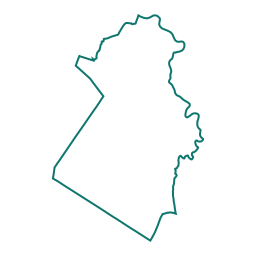 the district of Vinh Thuan, Kiên Giang, Vietnam
{"feature_id": "81297802B62462651678890", "entity_name": "Vinh Thuan", "entity_type": "district", "adm_level": 2, "iso_a3": "VNM", "parent_name": "Vietnam", "parent_adm1": "Kiên Giang", "projection": "albers", "projection_center": [105.281, 9.542], "detail": "fine", "context": "isolated", "style": "outline", "palette": "teal", "viewbox_px": 256, "rotation_deg": 0, "n_neighbors": 0, "source": "geoboundaries", "source_scale": "gbopen_adm2", "svg_char_len": 5722}
<svg xmlns="http://www.w3.org/2000/svg" viewBox="0 0 256 256"><path d="M138.4,15.4L137.7,17.6L135.5,23.6L132.1,24.2L131.6,23.4L130.4,23.4L128.5,23.1L127.0,23.0L126.3,22.9L125.3,23.5L123.9,24.9L123.1,26.1L122.3,27.3L119.4,32.2L119.2,32.3L118.6,33.7L118.4,34.2L117.7,34.9L116.2,35.2L113.9,35.9L111.9,36.5L109.4,37.5L108.3,38.0L107.0,38.5L105.5,38.7L104.1,38.8L103.9,38.9L103.8,39.1L103.9,39.5L103.9,39.8L103.6,40.3L103.5,41.2L103.4,41.4L103.2,41.5L102.3,41.4L101.9,41.5L101.7,41.6L101.7,43.2L101.4,44.1L101.2,44.2L100.9,44.4L100.8,44.5L100.6,45.1L100.2,47.4L99.9,48.5L99.7,49.1L99.4,50.4L99.2,50.6L98.8,50.7L98.7,50.7L98.5,51.2L97.5,52.3L97.1,53.1L96.7,54.7L96.6,55.4L96.4,56.5L96.7,57.6L96.7,57.9L96.6,58.1L96.3,58.4L95.5,58.9L94.3,60.0L92.8,58.8L93.2,60.5L80.0,56.3L79.4,56.0L78.9,57.1L78.7,57.6L78.5,58.3L77.0,62.1L75.8,65.8L78.7,68.3L84.7,73.7L89.9,78.4L91.1,79.9L92.4,81.8L95.2,85.4L96.5,87.2L103.4,96.3L97.5,105.2L96.0,107.4L89.8,116.2L84.4,124.1L76.5,135.4L60.9,158.3L58.8,161.4L57.7,162.8L54.9,167.0L54.6,167.4L53.4,175.8L52.9,178.5L57.7,181.2L64.0,185.4L69.4,188.8L100.5,208.6L112.3,216.3L117.1,219.3L129.7,227.5L136.1,231.5L150.3,240.6L151.4,238.8L152.2,237.3L153.5,235.0L154.6,232.9L155.4,231.2L156.2,229.1L156.5,228.5L156.8,227.7L157.3,226.7L159.4,220.9L160.2,218.7L160.7,217.5L162.7,214.0L163.8,213.9L164.3,213.7L165.4,213.4L166.7,212.9L167.2,212.7L167.4,212.7L167.8,212.9L168.0,212.9L168.8,212.6L169.1,212.5L170.2,212.4L170.6,212.5L171.0,212.5L171.4,212.6L172.6,212.7L172.9,212.7L173.8,213.0L175.1,213.5L175.8,213.7L175.7,213.3L175.6,212.7L175.3,211.2L175.1,209.8L174.8,208.3L174.5,205.4L174.0,202.5L173.7,201.2L173.6,198.9L173.5,198.4L173.2,197.0L173.0,195.7L173.0,193.4L173.1,192.9L172.9,192.0L172.9,191.6L172.9,191.1L173.2,189.3L173.2,188.8L173.1,187.7L173.0,187.2L173.1,186.7L173.2,185.9L173.8,184.5L173.9,184.2L174.0,183.2L174.1,181.9L174.3,179.9L174.3,179.2L174.4,178.6L175.0,177.7L175.4,177.3L176.1,176.5L176.4,176.0L176.6,175.6L176.6,175.3L176.5,175.0L176.4,174.7L176.1,174.2L175.7,173.9L175.4,173.9L175.3,173.7L175.3,173.3L175.3,172.9L175.4,172.6L175.5,172.3L175.6,171.8L175.6,171.2L175.7,170.7L175.3,170.0L175.1,169.4L175.1,169.0L175.2,168.8L175.4,168.6L175.9,168.5L176.1,168.5L176.5,168.4L176.8,168.2L177.1,167.7L177.3,167.1L177.5,166.8L177.8,166.4L178.2,166.1L178.5,165.4L178.5,164.7L178.6,163.7L178.7,162.9L178.7,162.3L178.7,162.1L178.5,161.3L178.4,161.0L178.4,160.4L178.5,159.6L178.7,158.1L178.9,157.6L179.1,157.2L179.5,156.6L179.7,156.3L180.1,156.0L180.3,155.9L180.6,155.9L180.9,156.1L181.6,156.8L182.3,157.6L182.7,157.9L183.2,158.2L183.7,158.4L183.9,158.5L184.1,158.5L184.3,158.3L184.5,158.2L184.6,157.9L184.7,157.1L185.0,156.7L185.4,156.4L186.0,156.0L186.4,155.8L187.3,155.5L187.7,155.5L187.9,155.6L188.1,155.9L188.3,156.7L188.7,157.4L189.5,158.2L190.1,158.7L191.0,159.3L191.3,159.4L191.7,159.4L192.0,159.2L192.7,158.2L193.1,157.3L193.1,157.0L193.1,156.8L193.0,156.6L192.4,155.9L192.2,155.5L192.0,155.2L191.9,154.9L191.9,154.4L192.0,153.8L192.1,153.1L192.2,152.8L192.6,152.5L192.9,152.4L193.2,152.3L194.1,152.1L194.4,152.0L194.9,151.6L195.8,150.9L196.6,150.0L197.1,149.3L197.9,148.1L198.1,147.9L198.1,147.7L198.1,147.3L197.9,147.2L197.4,146.8L196.7,146.2L196.1,145.3L195.9,144.9L195.7,144.4L195.5,143.7L195.3,142.8L195.3,142.2L195.3,141.7L195.4,141.4L195.6,141.1L196.1,140.6L196.3,140.5L196.5,140.5L196.8,140.5L197.9,141.2L198.8,141.5L199.3,141.6L199.6,141.6L200.1,141.6L200.6,141.5L201.2,141.3L201.6,141.1L202.2,140.6L202.5,140.3L203.0,139.6L203.1,139.1L202.6,138.5L201.3,137.5L200.9,137.0L200.3,135.9L200.0,134.9L200.0,134.1L200.2,132.6L200.4,131.2L200.5,130.5L200.5,130.0L200.3,129.7L199.4,128.9L198.9,128.5L198.6,128.1L198.0,127.1L197.5,126.0L197.4,125.4L197.3,124.1L197.3,123.5L197.3,122.5L197.4,121.6L197.6,120.7L198.2,119.2L198.3,118.7L198.6,117.4L198.7,116.6L198.8,115.9L198.7,115.6L198.6,115.2L198.4,114.7L198.1,114.3L197.7,114.0L197.3,113.8L196.9,113.6L196.3,113.4L195.1,113.3L194.3,113.3L193.8,113.4L193.3,113.5L192.9,113.7L191.8,114.3L191.2,114.7L190.4,115.4L189.3,116.2L187.6,117.2L187.3,117.3L186.8,117.3L186.5,117.2L186.2,117.0L185.8,116.7L185.7,116.4L185.5,116.0L185.4,115.2L185.5,113.8L186.0,111.3L186.5,109.9L186.8,109.2L187.7,108.0L188.5,107.3L189.4,106.3L189.5,106.0L189.7,105.7L189.8,105.1L189.7,104.2L189.6,103.9L189.4,103.6L189.2,103.4L188.1,102.6L186.0,101.3L184.7,100.6L183.9,100.1L182.9,99.3L180.1,96.8L179.7,96.5L179.2,96.3L178.0,95.8L177.5,95.6L177.0,95.3L176.2,94.6L175.6,93.7L175.2,93.1L175.0,92.6L174.9,92.0L174.8,91.5L174.6,90.4L174.4,89.6L173.8,88.5L172.2,85.3L171.4,84.2L171.1,84.0L170.1,83.2L169.7,82.9L169.1,82.2L169.0,81.6L169.0,81.3L169.2,80.8L169.3,80.3L170.0,79.3L170.4,78.4L170.5,77.9L170.5,77.5L170.4,76.6L170.3,75.6L170.4,74.5L171.1,72.1L171.2,71.1L171.2,70.6L171.1,70.2L170.8,68.9L170.3,67.5L169.8,66.3L169.3,65.0L169.2,64.1L169.1,63.7L169.2,62.3L169.3,61.9L169.5,61.4L170.1,60.5L170.3,60.1L170.7,59.8L171.7,59.0L172.2,58.4L172.4,57.9L172.7,57.0L173.1,55.1L173.3,54.0L173.5,53.5L173.6,53.1L173.9,52.9L174.1,52.6L174.8,52.4L175.0,52.4L175.6,52.6L176.3,52.2L179.4,51.6L181.7,50.7L182.3,50.2L183.3,49.2L183.7,48.2L184.2,47.5L184.3,46.7L184.4,45.5L184.4,43.9L183.9,42.9L183.2,42.0L182.6,41.7L181.9,41.5L180.8,41.5L179.3,41.8L178.7,41.8L177.1,41.6L176.3,41.1L175.5,40.5L175.1,40.1L174.3,38.6L173.9,37.7L173.3,36.5L172.7,34.8L172.0,33.8L170.9,32.5L169.7,31.7L167.8,30.8L166.3,30.1L162.9,28.8L162.0,28.3L161.3,27.7L160.6,27.1L160.1,26.5L159.6,25.6L159.3,24.7L159.2,24.0L159.3,23.1L159.9,19.8L159.9,18.9L159.7,18.4L159.6,18.1L159.1,17.5L158.2,16.7L157.2,15.9L156.3,15.5L155.2,15.4L153.9,15.4L153.0,15.7L150.1,17.3L149.3,17.7L147.1,18.3L146.3,18.3L145.1,18.1L143.1,17.6L141.2,16.9L139.1,15.8L138.4,15.4Z" fill="none" stroke="#0f766e" stroke-width="2"/></svg>